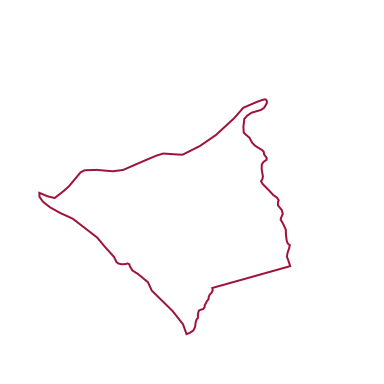 Baltasar Brum, Artigas, Uruguay (Natural Earth projection), rotated 306°
{"feature_id": "84410073B74350998718142", "entity_name": "Baltasar Brum", "entity_type": "district", "adm_level": 2, "iso_a3": "URY", "parent_name": "Uruguay", "parent_adm1": "Artigas", "projection": "natural_earth1", "projection_center": [-57.383, -30.74], "detail": "fine", "context": "isolated", "style": "outline", "palette": "rose", "viewbox_px": 384, "rotation_deg": 306, "n_neighbors": 0, "source": "geoboundaries", "source_scale": "gbopen_adm2", "svg_char_len": 1562}
<svg xmlns="http://www.w3.org/2000/svg" viewBox="0 0 384 384"><g transform="rotate(306 192 192)"><path d="M101.6,69.0L98.5,71.4L96.5,77.2L96.2,86.6L97.6,98.0L100.3,111.2L99.4,142.2L96.5,153.5L93.6,167.2L91.0,171.9L90.8,174.1L92.0,177.3L94.5,180.5L96.1,181.6L96.7,183.6L95.2,185.8L93.5,189.9L93.9,196.7L93.1,209.4L88.6,217.4L84.3,246.2L79.7,262.5L73.8,271.1L76.6,272.9L80.4,274.4L82.6,274.3L85.5,273.4L88.8,271.5L91.8,270.6L93.7,270.8L95.5,269.4L97.8,268.1L100.1,267.3L102.1,268.4L103.9,269.9L106.4,269.8L108.0,268.8L110.1,268.6L112.6,268.2L114.8,268.4L116.9,267.2L119.3,266.7L121.9,267.0L123.3,266.8L124.8,266.4L126.3,264.8L189.7,315.0L192.3,311.5L195.5,306.8L198.8,305.1L203.1,303.8L206.5,302.4L206.6,299.8L208.3,297.2L212.8,293.0L216.8,289.9L220.2,283.6L221.8,279.9L223.6,279.2L227.7,278.3L230.2,275.1L231.7,269.5L234.2,267.5L236.3,267.0L237.4,263.9L237.3,259.7L238.6,252.9L240.0,244.5L241.3,241.5L243.7,241.4L246.3,240.2L248.0,238.4L251.7,234.7L255.5,232.2L258.4,232.2L261.9,233.4L263.4,232.4L264.9,228.1L266.6,226.5L267.1,224.3L266.5,216.1L267.2,211.7L269.7,206.5L270.0,202.6L270.4,199.0L274.9,195.3L282.0,191.3L286.3,191.8L291.2,193.6L298.8,199.5L302.3,200.8L305.5,200.6L308.2,200.2L309.8,198.8L310.2,197.3L309.6,196.3L307.5,194.6L303.3,191.7L295.9,187.3L290.3,184.0L276.4,182.7L252.0,177.8L233.8,171.3L216.7,162.5L213.4,157.6L206.2,146.1L200.6,141.9L187.7,134.1L169.2,123.2L162.1,115.6L153.8,101.8L146.4,92.3L142.4,90.3L132.2,89.6L124.2,89.1L117.1,87.5L111.7,86.0L106.4,84.4L103.6,77.5L101.6,69.0Z" fill="none" stroke="#9f1239" stroke-width="2"/></g></svg>